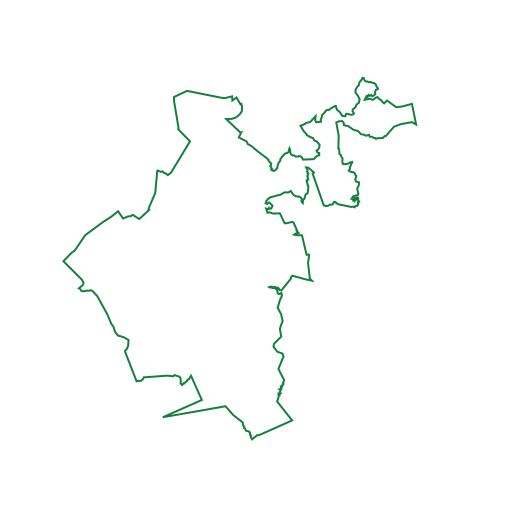 Tlapa de Comonfort, Guerrero, Mexico (orthographic projection), rotated 256°
{"feature_id": "50627088B88355080019146", "entity_name": "Tlapa de Comonfort", "entity_type": "district", "adm_level": 2, "iso_a3": "MEX", "parent_name": "Mexico", "parent_adm1": "Guerrero", "projection": "orthographic", "projection_center": [-98.572, 17.528], "detail": "fine", "context": "isolated", "style": "outline", "palette": "green", "viewbox_px": 512, "rotation_deg": 256, "n_neighbors": 0, "source": "geoboundaries", "source_scale": "gbopen_adm2", "svg_char_len": 6126}
<svg xmlns="http://www.w3.org/2000/svg" viewBox="0 0 512 512"><g transform="rotate(256 256 256)"><path d="M317.5,95.3L305.0,81.3L303.9,78.1L297.5,67.9L275.2,81.3L272.5,82.1L270.9,81.9L269.5,80.7L267.6,76.5L267.3,77.0L264.5,78.1L263.9,78.8L263.3,81.4L263.4,83.5L262.8,84.8L262.7,87.5L261.6,88.9L255.4,92.3L235.5,97.6L225.5,99.1L221.3,100.7L216.9,100.8L212.3,102.7L209.2,108.0L205.3,112.0L199.7,110.2L196.5,107.7L196.2,106.6L195.0,105.8L163.3,109.8L163.4,111.7L162.6,113.8L163.9,116.6L165.4,117.8L161.3,141.3L159.3,146.4L160.2,148.0L157.4,152.6L156.0,153.2L152.0,152.6L150.8,152.0L148.7,153.0L149.4,153.8L149.5,155.0L150.2,155.3L150.2,156.3L151.2,158.6L152.5,159.6L152.6,161.1L155.5,164.0L129.4,168.6L122.1,126.6L117.6,190.0L107.1,195.5L97.6,202.9L95.4,202.5L94.6,203.0L93.6,202.7L92.8,203.3L91.7,202.9L91.2,203.5L88.7,204.2L87.5,206.7L86.1,207.1L86.0,207.5L84.4,207.1L83.2,207.7L83.0,207.2L81.6,207.2L79.1,207.8L81.9,214.1L81.4,215.3L87.7,251.3L109.7,241.3L114.0,244.0L116.6,244.4L115.9,245.2L116.9,245.2L116.6,245.9L116.9,246.7L117.5,246.2L118.4,246.5L119.6,247.3L120.9,246.5L120.7,248.3L121.8,248.2L122.1,249.1L122.8,249.6L122.7,248.3L123.5,248.5L123.9,250.1L124.3,250.7L125.0,250.7L125.3,251.8L126.4,251.6L128.8,253.3L141.0,250.4L152.0,258.5L154.9,258.0L158.0,253.5L163.8,251.0L166.5,252.3L171.7,261.0L179.2,261.5L182.5,263.3L186.2,266.1L193.4,266.3L200.6,264.5L207.3,268.5L211.3,271.6L212.0,271.7L213.8,271.7L214.0,270.8L213.4,270.0L213.8,268.6L214.3,268.2L217.0,268.2L218.2,269.0L218.7,268.3L218.8,267.5L219.8,267.2L220.5,266.5L220.7,264.7L221.6,263.8L221.8,262.3L222.6,261.4L222.8,262.9L222.1,264.1L221.2,264.6L221.7,266.3L221.4,266.8L220.5,267.2L220.1,269.5L217.0,271.1L216.4,272.2L225.6,284.4L226.7,284.6L228.1,286.5L221.8,297.6L218.5,304.3L221.2,302.8L236.6,304.8L244.3,307.9L244.8,307.3L244.9,305.4L265.0,305.6L266.1,301.2L267.5,298.2L268.2,300.0L268.1,302.8L270.8,301.4L271.3,301.9L279.5,300.5L280.3,299.5L280.4,293.4L280.9,291.7L291.6,289.5L293.1,282.7L295.1,279.8L295.1,277.7L299.6,277.3L298.4,279.7L299.5,280.4L298.7,280.8L298.4,282.2L300.5,284.1L301.1,284.1L304.9,281.6L303.8,279.4L304.8,278.1L307.0,279.5L308.1,280.9L309.5,283.9L309.6,295.0L310.9,299.0L309.8,302.7L310.7,305.5L306.6,307.0L304.9,308.4L303.8,310.1L303.5,311.7L302.1,313.4L300.2,314.3L298.4,313.4L297.2,313.5L296.1,314.2L298.3,314.9L299.1,315.5L299.5,316.5L303.9,319.2L304.4,321.3L309.2,323.2L311.7,323.6L312.2,323.2L312.7,323.5L315.7,323.2L316.1,323.6L316.7,323.5L316.6,323.9L317.6,324.3L317.6,325.2L318.6,324.9L320.1,325.5L320.6,325.1L322.0,325.6L322.3,326.2L323.3,326.1L323.6,326.7L325.5,325.9L326.0,326.6L327.8,326.7L329.8,326.0L329.6,327.0L328.5,328.6L323.0,332.4L322.2,330.9L288.7,334.0L288.6,334.7L287.7,335.4L287.3,338.0L287.9,340.4L287.5,342.5L288.1,343.7L289.4,344.3L289.6,345.4L288.8,346.5L287.7,346.8L286.3,348.4L280.5,360.4L280.5,362.0L279.4,363.6L280.2,364.2L280.5,365.3L280.2,366.6L281.1,367.5L283.4,367.8L283.8,368.3L283.6,369.4L284.0,370.0L283.9,369.3L284.3,368.7L285.1,368.9L286.1,368.3L286.8,369.0L287.9,369.0L288.3,368.4L288.1,367.3L286.4,366.7L285.9,365.9L287.6,366.5L289.0,365.2L287.4,366.0L287.0,364.2L285.3,364.1L288.2,363.2L288.4,362.6L290.4,364.8L290.5,369.6L291.7,370.4L296.7,370.4L300.2,373.1L302.6,373.7L304.1,371.0L306.3,370.8L309.3,372.7L310.7,372.0L312.6,371.8L313.7,370.7L315.1,367.8L316.4,366.7L317.2,367.8L320.0,369.0L322.0,370.7L322.9,370.8L323.4,372.0L324.0,372.0L323.9,369.6L323.4,368.3L323.5,364.8L324.4,362.5L326.8,362.6L329.7,363.6L331.0,363.0L333.8,362.6L334.7,361.6L338.4,362.4L340.2,362.3L340.3,361.9L352.6,365.3L366.2,366.2L366.6,369.1L366.0,372.3L364.7,373.2L361.6,373.1L359.7,376.9L355.0,381.0L352.5,385.3L348.8,387.3L347.5,390.3L346.1,391.8L346.2,395.0L344.3,395.2L343.5,397.5L342.3,398.5L341.6,400.1L340.7,400.7L340.8,402.7L339.8,407.7L341.2,409.7L341.1,411.2L348.1,421.2L348.9,429.2L348.1,439.8L344.8,443.2L365.9,444.1L365.7,434.2L366.3,428.8L366.7,427.9L375.1,420.7L373.1,417.2L375.5,415.6L376.8,415.2L378.8,413.4L380.8,412.3L380.6,410.4L379.2,407.4L381.1,404.3L381.3,399.3L384.6,402.1L384.5,402.7L383.5,402.9L385.0,404.3L383.9,405.3L383.8,406.1L384.4,406.7L382.9,407.6L383.3,409.4L384.3,411.0L385.7,410.9L388.3,412.5L388.4,414.6L389.2,414.9L391.5,413.9L393.5,413.7L394.9,412.7L397.3,408.8L397.2,407.8L398.4,406.2L398.8,404.8L399.7,403.9L402.6,403.5L403.1,402.4L401.8,401.5L399.4,398.3L396.6,396.9L396.3,395.9L393.5,393.0L390.7,392.1L386.9,393.6L383.2,394.5L379.8,392.9L378.6,390.1L376.3,388.5L374.7,385.2L373.1,384.7L370.8,385.5L370.0,384.9L369.9,382.5L372.2,378.3L371.8,377.5L370.0,376.5L371.1,373.6L375.5,372.1L378.5,369.8L382.3,369.8L382.4,369.0L381.3,364.9L380.1,362.3L380.5,360.2L379.7,358.3L378.7,357.6L376.6,354.0L375.0,353.6L372.9,351.9L370.6,351.5L371.2,346.8L373.5,346.3L377.2,347.6L372.9,341.0L373.0,337.0L372.3,335.6L371.6,330.7L366.1,332.3L361.9,334.5L360.9,334.6L359.6,336.2L358.7,336.7L358.4,337.7L357.6,338.1L356.8,339.8L354.0,340.6L352.7,342.4L348.9,344.5L348.0,344.5L345.9,343.5L344.3,342.1L343.6,340.2L341.6,340.6L340.7,342.2L340.1,342.3L339.4,341.6L338.5,341.7L338.1,338.9L336.0,335.4L338.2,324.9L340.7,324.3L342.3,322.8L342.7,321.9L342.3,321.1L342.9,318.4L344.5,317.2L344.8,315.8L345.9,314.7L348.1,314.2L350.6,314.8L352.3,314.5L350.6,313.4L349.7,313.4L349.1,312.7L348.4,311.3L348.3,308.7L345.8,305.0L343.8,302.9L342.4,302.5L340.7,300.2L339.6,299.8L338.9,299.0L337.4,298.6L336.9,298.0L336.0,297.8L334.5,295.2L334.2,293.8L335.8,291.9L336.4,292.7L337.2,291.9L338.2,292.3L339.6,291.5L340.9,292.7L342.1,292.8L342.2,293.0L345.4,291.1L346.2,291.4L347.7,290.6L357.0,283.1L364.0,278.0L366.6,275.1L369.4,274.6L375.2,268.0L379.5,271.6L379.4,270.8L396.1,260.2L394.9,265.9L395.3,270.1L397.1,274.0L399.7,277.2L404.3,278.6L407.1,278.6L406.8,277.7L414.5,275.4L412.6,270.7L416.7,271.4L416.7,264.2L417.3,262.0L432.9,229.0L430.1,214.9L426.6,214.0L398.8,211.8L397.8,211.2L383.2,219.7L357.4,193.7L355.8,190.0L357.8,188.5L359.0,186.7L360.7,185.8L360.6,184.3L362.7,181.3L362.5,180.8L341.4,173.4L329.2,164.1L327.2,163.0L326.6,163.5L320.1,151.6L325.8,146.4L324.9,144.1L325.4,141.3L324.5,136.1L332.8,133.0L329.1,125.0L326.1,116.1L317.5,95.3Z" fill="none" stroke="#15803d" stroke-width="2"/></g></svg>